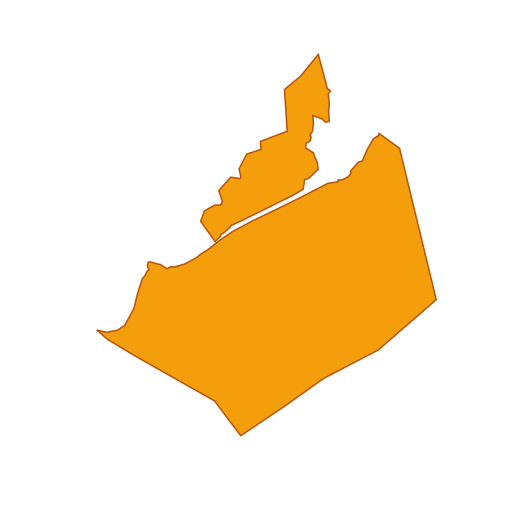 the district of Al-Ganayin, As Suways, Egypt, rotated 65°
{"feature_id": "37247803B61862544009771", "entity_name": "Al-Ganayin", "entity_type": "district", "adm_level": 2, "iso_a3": "EGY", "parent_name": "Egypt", "parent_adm1": "As Suways", "projection": "orthographic", "projection_center": [32.548, 30.059], "detail": "fine", "context": "isolated", "style": "filled", "palette": "amber", "viewbox_px": 512, "rotation_deg": 65, "n_neighbors": 0, "source": "geoboundaries", "source_scale": "gbopen_adm2", "svg_char_len": 2151}
<svg xmlns="http://www.w3.org/2000/svg" viewBox="0 0 512 512"><g transform="rotate(65 256 256)"><path d="M383.0,150.6L379.7,138.9L371.7,111.1L219.0,80.4L218.7,80.6L196.9,92.7L197.0,92.8L197.5,93.0L197.9,93.2L198.3,93.4L198.6,94.0L199.0,94.8L199.0,95.8L198.7,95.8L199.6,100.3L206.4,110.1L214.8,119.5L214.2,123.8L216.6,129.1L217.6,131.3L219.0,134.5L220.9,134.9L221.8,136.4L223.1,138.7L223.4,145.4L221.8,149.5L223.3,150.3L223.1,151.1L220.5,160.3L221.0,171.9L221.8,193.0L221.9,194.7L222.1,205.8L222.5,232.0L222.7,244.4L223.0,249.7L223.8,266.1L224.7,271.6L226.6,283.0L227.1,285.2L230.1,297.6L230.5,302.9L232.3,310.9L232.6,315.7L233.1,323.5L232.8,325.9L231.6,334.4L230.1,336.5L229.7,339.2L230.0,342.0L223.2,346.3L221.6,348.6L220.4,350.1L219.1,351.5L217.2,353.6L216.8,354.1L216.0,356.1L216.2,356.5L219.0,358.5L220.5,358.9L223.3,358.8L223.9,361.4L226.7,364.6L228.4,368.5L237.4,376.9L240.8,379.9L246.1,384.1L252.1,389.0L258.2,397.3L263.3,404.2L264.7,412.8L262.1,423.4L258.1,428.8L255.7,431.6L268.9,425.8L296.4,407.2L369.7,354.9L412.4,345.8L404.2,293.2L397.3,256.1L395.6,246.8L395.5,246.5L392.8,184.8L391.7,181.0L383.0,150.6ZM225.6,287.0L224.7,284.4L223.4,280.4L221.5,278.3L221.5,275.7L219.5,268.7L219.0,267.0L217.8,265.6L217.9,256.5L217.9,255.3L217.0,215.5L216.9,210.2L216.7,198.6L215.5,185.1L209.9,181.4L209.0,180.8L207.3,179.7L208.0,175.7L203.7,163.0L203.1,162.8L197.2,160.9L195.4,160.9L191.4,161.0L186.8,160.4L182.6,163.0L178.9,165.3L175.3,163.0L175.1,162.9L174.5,157.9L171.3,155.8L169.3,156.1L166.8,152.1L161.1,148.5L159.7,147.7L155.9,146.4L153.7,145.6L152.6,145.2L159.1,138.8L159.8,138.0L163.8,136.8L165.1,132.8L154.8,128.7L152.5,127.3L150.2,125.9L149.0,125.2L139.5,122.0L139.1,121.2L138.4,119.5L137.7,118.8L137.0,119.1L136.7,119.3L136.3,119.5L135.8,119.8L135.2,120.2L134.2,120.6L133.7,120.6L133.3,120.6L133.2,120.6L132.8,120.4L132.7,120.3L132.4,120.2L101.3,114.6L99.6,114.3L100.1,115.4L111.8,139.5L117.1,159.8L156.1,175.0L154.0,203.6L161.5,206.4L159.7,221.3L169.8,234.5L178.0,236.3L179.0,237.9L173.9,245.5L181.0,262.2L192.6,263.4L194.8,266.8L192.4,271.7L193.3,283.7L201.2,291.5L225.6,287.0Z" fill="#f59e0b" stroke="#b45309" stroke-width="1.5"/></g></svg>